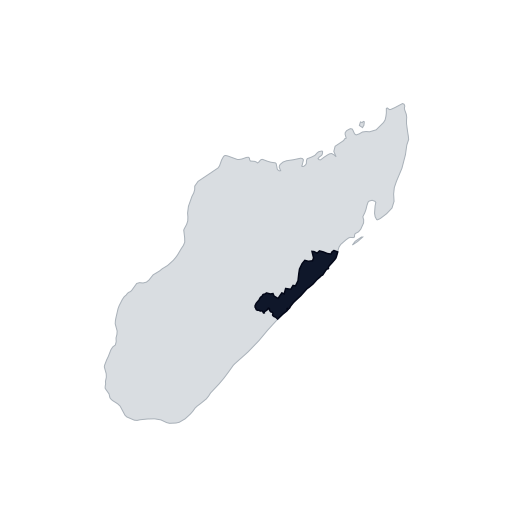 where Atsinanana sits in Madagascar, rotated 26°
{"feature_id": "MDG-5868", "entity_name": "Atsinanana", "entity_type": "Autonomous Province", "adm_level": 1, "iso_a3": "MDG", "parent_name": "Madagascar", "parent_adm1": "", "projection": "albers", "projection_center": [48.339, -18.983], "detail": "fine", "context": "in_parent", "style": "filled", "palette": "ink", "viewbox_px": 512, "rotation_deg": 26, "n_neighbors": 0, "source": "natural_earth", "source_scale": "10m", "svg_char_len": 5620}
<svg xmlns="http://www.w3.org/2000/svg" viewBox="0 0 512 512"><g transform="rotate(26 256 256)"><path d="M330.6,65.2L331.9,68.3L333.4,71.3L338.3,78.6L340.3,81.4L342.1,84.3L342.9,90.2L345.9,99.4L348.7,113.2L349.5,127.3L350.3,133.8L352.5,139.9L356.1,146.3L357.2,153.3L354.9,160.6L351.5,167.4L350.7,168.6L349.1,170.4L348.4,170.3L345.9,168.5L343.8,165.6L341.1,158.8L340.2,155.3L339.0,154.7L335.9,155.0L333.6,157.1L333.1,158.5L333.6,162.3L334.4,165.8L334.8,169.3L334.8,173.7L335.7,175.0L336.9,176.2L338.2,179.1L338.4,186.0L337.5,189.4L335.3,192.4L335.4,194.0L336.2,195.7L335.4,196.8L332.5,198.0L331.3,199.2L329.7,202.2L327.1,208.4L326.7,211.5L328.2,221.2L327.7,228.0L324.4,241.1L322.5,247.3L319.8,254.7L315.7,264.4L311.7,276.7L308.3,289.3L305.7,296.9L302.9,304.3L299.0,317.5L295.7,330.9L290.9,345.7L284.2,362.1L283.5,364.2L282.1,372.6L280.7,379.9L278.9,387.1L275.2,399.0L274.8,402.7L274.0,406.2L270.5,413.7L269.0,416.5L267.9,419.4L267.3,423.1L266.3,426.8L263.7,433.4L259.9,439.1L257.3,441.2L251.6,444.3L248.7,444.9L242.3,445.0L236.2,446.8L229.7,450.2L223.6,454.0L221.2,455.9L218.6,456.9L210.4,457.3L208.0,456.5L199.7,450.5L196.5,449.5L190.4,448.8L188.6,448.3L186.9,447.5L184.4,444.4L179.5,441.7L178.3,440.9L177.5,439.0L177.0,437.0L175.7,434.8L174.6,430.5L173.0,427.5L168.3,422.2L167.8,420.5L167.3,414.8L167.3,411.0L166.7,403.9L167.1,400.6L168.6,397.6L167.9,394.3L166.1,391.0L165.4,387.5L164.1,384.3L159.2,378.7L158.0,375.8L157.2,372.9L155.1,363.8L154.8,360.6L154.9,353.8L155.4,350.3L156.5,347.9L156.8,346.0L157.5,344.5L158.6,343.2L159.3,341.7L160.8,333.0L163.0,331.0L166.3,329.8L169.0,327.5L170.4,324.4L171.8,318.0L175.9,311.7L177.4,308.4L180.7,303.3L183.5,296.3L184.4,292.9L185.0,289.6L185.6,282.1L186.1,278.4L185.9,274.8L184.0,271.1L179.7,264.4L179.6,263.1L179.8,258.1L179.3,254.4L177.7,250.8L175.7,247.4L173.5,241.0L172.3,230.5L172.4,226.6L171.8,223.2L170.3,220.0L171.2,214.3L183.3,193.5L183.7,191.0L183.0,184.8L183.2,181.1L183.6,179.8L184.6,179.0L186.7,178.5L197.0,177.4L198.3,176.8L200.8,175.0L204.2,171.6L205.8,170.6L207.2,170.9L208.1,172.3L209.3,173.1L213.4,171.5L215.0,171.4L216.6,171.7L217.4,170.2L217.8,168.4L218.4,167.0L219.5,166.3L224.8,165.8L228.2,165.2L232.6,163.8L233.6,164.1L237.2,168.8L238.3,169.1L239.6,169.3L240.8,168.5L237.9,166.0L237.5,164.6L237.6,163.1L239.1,159.7L241.7,157.0L247.4,153.1L253.3,148.5L255.1,148.1L256.5,148.8L257.7,154.2L257.6,155.1L258.5,155.2L259.6,154.5L260.6,152.4L260.7,150.6L259.8,148.8L259.4,147.4L259.4,146.1L262.4,142.9L264.8,139.8L265.9,136.2L266.8,134.6L269.3,132.7L270.1,133.0L270.7,134.5L271.0,136.1L270.4,137.7L269.5,139.3L269.1,141.4L270.5,141.8L271.9,141.3L273.8,137.5L276.0,133.8L277.3,132.0L279.0,130.7L281.8,130.9L284.5,131.7L280.1,127.9L279.0,122.7L284.2,113.7L284.3,111.8L285.0,111.2L285.4,110.5L282.7,107.5L282.1,106.0L282.5,103.7L283.8,101.7L285.0,100.2L286.7,99.7L288.0,100.5L291.0,103.0L292.9,103.3L295.3,100.9L297.3,97.9L300.3,95.9L303.6,94.6L308.7,89.9L312.1,80.1L312.4,77.2L311.6,73.7L310.5,70.4L308.5,66.3L309.0,65.4L311.8,65.9L312.8,65.3L315.8,61.7L320.9,54.7L322.6,54.7L324.0,56.0L324.5,58.0L325.5,59.4L328.9,62.7L330.6,65.2ZM295.5,92.8L295.5,93.9L291.7,93.4L291.1,89.7L293.0,89.6L293.4,88.0L294.5,87.9L295.7,91.2L295.5,92.8ZM341.0,198.4L337.8,203.9L338.7,199.3L342.5,192.7L343.6,192.2L341.0,198.4Z" fill="#d9dde1" stroke="#a8b0b8" stroke-width="1"/><path d="M327.7,216.5L328.5,221.0L328.7,222.9L328.3,225.0L327.3,228.5L325.9,233.0L325.9,233.6L325.9,234.1L326.0,234.5L326.4,235.1L326.6,235.3L326.6,235.6L326.5,235.8L326.2,235.9L325.9,236.1L325.0,237.8L324.3,243.7L324.1,244.1L323.5,244.7L323.3,245.1L322.6,247.1L321.0,250.6L319.5,256.2L317.2,261.2L316.2,262.8L313.6,272.1L310.0,281.3L309.0,286.0L309.0,286.7L309.0,287.8L308.1,290.5L307.9,290.1L307.6,289.6L307.2,289.3L306.9,289.6L307.0,290.0L307.7,290.9L307.9,291.4L307.8,291.8L305.5,296.6L303.9,301.0L303.1,303.2L302.9,303.1L300.6,302.4L298.6,302.5L297.2,302.1L296.8,301.8L296.7,301.6L296.6,301.4L296.6,301.2L296.6,300.8L296.6,300.6L296.5,300.3L296.4,300.2L295.8,299.7L295.6,299.6L295.3,299.4L295.0,299.5L294.1,299.7L293.9,299.7L293.7,299.7L293.4,299.6L293.1,299.5L292.5,299.1L292.0,298.8L291.9,298.7L291.3,297.6L291.2,297.5L291.1,297.4L290.8,297.3L290.5,297.3L290.3,297.3L290.2,297.4L290.1,297.5L289.9,297.7L289.8,297.8L289.8,298.0L290.0,298.4L290.1,298.5L289.9,298.8L289.8,299.0L289.7,299.1L289.7,299.4L289.6,299.6L289.3,299.9L289.2,300.0L289.2,300.4L289.1,300.5L288.2,302.1L288.1,302.4L288.1,302.6L288.1,302.8L288.3,303.4L288.4,303.5L288.2,303.7L288.1,303.8L287.9,303.9L287.7,303.9L287.2,303.6L286.6,303.1L286.1,302.8L285.7,302.8L285.4,302.8L285.1,302.9L284.9,302.9L284.5,303.2L284.2,303.5L283.9,303.6L283.6,303.6L283.4,303.6L283.0,303.5L282.7,303.5L282.3,303.5L282.2,303.6L281.5,304.0L281.4,304.0L281.2,304.1L280.5,304.1L280.1,304.2L279.8,304.1L279.6,304.0L279.5,303.9L279.4,303.8L279.3,303.6L279.2,303.5L279.1,303.4L278.9,303.3L278.7,303.2L278.4,302.9L278.2,302.7L277.7,302.5L277.6,302.4L277.4,301.9L277.3,301.7L277.2,301.6L277.0,301.3L276.9,298.8L277.0,298.0L277.5,296.1L277.7,295.3L277.9,295.0L278.0,294.4L278.0,292.9L278.1,291.5L278.2,291.0L279.0,289.6L279.1,289.3L279.1,289.0L279.1,288.0L279.2,287.8L279.2,287.6L279.4,287.3L279.5,287.2L280.2,286.7L280.6,286.3L280.8,286.1L281.6,284.6L285.6,283.8L287.7,282.3L289.8,284.1L294.4,284.5L295.4,277.8L297.9,277.8L296.9,272.2L301.8,270.7L302.2,266.2L304.6,265.5L304.6,259.8L302.2,253.1L300.8,248.6L300.8,242.6L301.8,238.5L305.4,237.8L308.9,235.5L308.6,232.5L306.1,229.5L304.3,227.3L306.1,226.6L309.7,226.6L310.8,223.6L314.7,222.8L319.0,222.5L322.5,221.4L322.5,219.1L323.6,216.9L327.7,216.5Z" fill="#0f172a" stroke="#020617" stroke-width="1.5"/></g></svg>